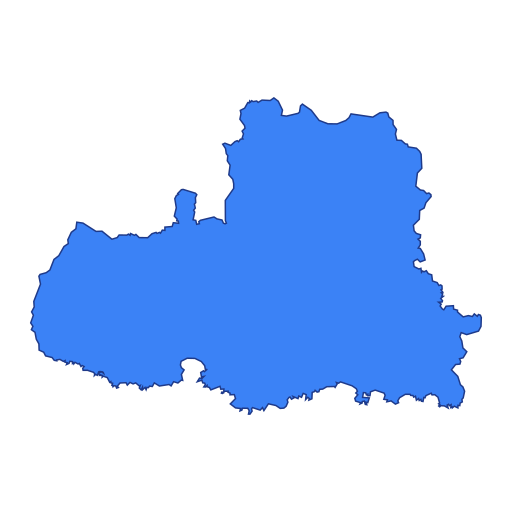 outline of Pacitan, Jawa Timur, Indonesia
{"feature_id": "22746128B46377021687256", "entity_name": "Pacitan", "entity_type": "district", "adm_level": 2, "iso_a3": "IDN", "parent_name": "Indonesia", "parent_adm1": "Jawa Timur", "projection": "albers", "projection_center": [111.181, -8.102], "detail": "fine", "context": "isolated", "style": "filled", "palette": "blue", "viewbox_px": 512, "rotation_deg": 0, "n_neighbors": 0, "source": "geoboundaries", "source_scale": "gbopen_adm2", "svg_char_len": 6057}
<svg xmlns="http://www.w3.org/2000/svg" viewBox="0 0 512 512"><path d="M351.0,113.9L349.0,117.7L345.8,120.5L337.1,123.9L327.9,123.8L319.1,120.4L311.3,110.3L302.4,104.1L300.5,105.9L299.5,112.1L298.2,113.3L286.5,116.1L281.4,115.4L282.5,110.1L278.2,101.2L273.9,97.9L270.2,100.5L262.0,100.1L258.1,102.4L256.7,101.0L253.1,101.6L251.7,100.7L250.6,102.1L249.7,101.0L249.2,102.9L247.8,102.6L244.6,108.2L240.3,110.4L241.0,113.6L239.9,119.2L244.5,125.5L245.0,128.2L242.1,131.1L243.5,133.9L242.2,137.9L242.9,138.9L240.4,139.2L238.6,141.7L237.2,140.7L235.0,141.6L230.8,145.4L224.9,143.2L222.7,144.2L225.5,148.5L226.3,153.7L227.8,155.6L227.3,160.8L230.1,165.2L228.8,174.8L232.8,179.3L233.7,183.8L233.7,188.4L225.3,200.4L225.4,220.7L226.4,223.2L225.1,223.8L223.4,223.2L222.0,220.0L217.0,218.9L214.0,217.0L200.4,220.3L198.8,221.7L199.4,223.7L196.7,224.3L195.8,220.4L193.1,219.8L194.7,212.0L193.6,210.2L195.3,208.1L194.4,204.1L195.7,202.7L195.4,197.6L196.8,194.7L195.4,193.2L183.1,189.4L181.4,189.7L177.7,193.5L178.4,194.4L176.4,195.5L174.8,198.7L176.3,207.8L174.3,216.1L177.1,219.1L176.7,220.8L178.3,221.1L178.6,223.3L173.3,222.7L172.2,226.5L164.9,227.1L164.9,230.4L162.3,230.1L160.5,233.2L159.5,232.4L157.0,233.4L156.1,232.4L152.0,233.7L147.7,237.7L139.2,237.6L135.9,234.4L134.4,235.3L130.5,233.5L130.1,235.3L128.4,234.1L126.9,235.1L119.1,235.0L117.2,237.6L111.9,239.2L102.0,231.2L96.0,231.4L83.0,223.1L76.8,222.2L75.9,228.8L71.3,232.3L67.8,239.8L68.3,243.6L64.0,246.5L58.8,255.7L54.0,259.4L49.9,270.0L46.2,272.7L40.1,274.4L38.9,276.2L40.5,284.1L33.8,301.4L34.2,307.0L31.6,311.9L33.4,315.2L30.7,322.9L32.9,326.3L31.4,329.7L35.0,332.3L36.3,339.2L38.9,343.9L39.1,350.1L43.7,352.2L45.6,355.9L52.1,357.5L54.2,360.3L56.8,360.8L56.7,359.9L59.9,359.4L63.4,361.4L65.1,360.6L64.9,362.1L67.2,362.7L66.5,364.5L69.0,363.4L69.8,361.3L72.5,361.6L72.5,363.5L73.5,362.9L73.8,363.9L75.0,362.3L78.1,364.0L79.3,363.4L81.0,366.5L82.1,365.5L84.1,366.5L82.7,368.4L83.1,370.3L87.5,370.3L93.5,372.3L94.7,373.7L94.4,375.5L95.6,374.4L97.3,375.3L98.8,371.7L99.9,371.5L102.4,371.8L103.3,372.5L103.6,373.4L102.0,372.0L98.9,372.4L99.2,374.4L100.3,374.6L99.7,375.4L102.4,375.4L102.2,377.1L103.3,376.2L107.3,377.6L109.7,382.3L110.8,381.6L110.9,382.9L112.6,383.3L111.6,385.9L112.4,384.7L113.0,386.7L113.9,385.7L115.8,386.0L116.6,388.1L118.4,387.5L117.3,386.2L120.0,383.0L126.0,382.7L127.3,385.1L130.0,382.4L133.1,383.9L135.7,382.9L139.2,385.9L140.3,385.4L139.3,388.0L141.2,389.9L142.5,387.2L142.7,389.6L145.1,387.4L146.1,389.7L146.9,387.4L148.4,387.6L149.5,386.1L152.3,386.5L154.3,382.9L159.4,386.0L169.1,384.5L171.1,385.9L173.6,381.7L177.9,383.0L181.3,380.1L182.7,380.4L181.4,374.4L184.1,369.9L181.4,367.7L180.4,365.0L181.1,361.3L187.2,358.2L194.9,358.4L201.3,361.5L204.7,365.7L205.4,369.8L207.3,369.2L204.4,371.6L203.5,370.8L200.7,372.5L201.5,376.9L204.0,376.4L201.9,378.5L199.5,378.1L197.3,381.7L201.8,380.2L202.8,382.9L204.7,383.1L205.3,384.6L203.8,386.9L205.7,387.0L207.1,385.5L207.2,386.8L209.4,387.5L210.8,389.9L220.0,386.3L220.8,389.2L223.9,389.0L223.8,391.3L228.2,391.2L228.0,392.2L230.1,393.2L230.0,394.8L234.3,394.6L235.5,398.6L230.3,403.9L235.5,407.9L240.6,408.5L240.0,410.9L241.9,410.1L242.4,408.2L247.8,408.3L249.2,410.7L248.5,414.1L250.0,414.1L252.1,411.1L251.5,408.9L252.5,407.6L260.2,410.1L262.5,407.6L263.9,410.6L268.4,403.8L275.9,405.5L280.2,408.4L283.9,408.1L286.1,406.3L287.9,402.2L287.2,399.8L289.0,397.4L290.0,397.0L291.5,399.2L293.9,397.9L293.1,396.5L298.0,398.6L298.8,396.0L301.5,397.3L303.2,393.4L306.2,394.6L305.6,399.6L307.8,397.3L309.3,398.6L308.9,400.1L311.9,398.8L312.2,392.4L314.5,391.6L315.1,390.3L317.1,392.1L318.9,391.7L319.7,389.3L322.7,389.1L326.8,386.7L334.4,386.5L335.1,387.4L337.1,384.1L336.4,382.5L338.6,383.2L340.5,381.9L352.1,385.8L356.3,388.7L357.4,391.3L355.8,393.0L357.8,394.8L354.8,398.3L355.6,401.1L360.7,402.7L360.1,403.9L362.1,403.0L362.2,401.5L364.4,401.1L365.3,404.4L366.8,404.7L366.1,402.2L367.8,402.6L369.3,397.9L362.6,397.4L363.4,392.6L365.7,392.8L366.4,394.9L367.8,394.2L367.8,395.7L370.0,395.7L370.5,391.8L375.2,390.1L384.1,393.1L385.1,395.3L383.8,399.3L387.4,399.8L386.8,401.8L391.1,400.9L395.4,404.1L398.6,402.7L397.8,400.8L399.6,397.7L405.3,394.3L410.1,394.3L410.7,395.4L413.0,395.5L413.7,397.1L415.5,396.2L416.4,400.2L418.6,398.5L419.2,400.5L420.9,399.4L421.4,401.2L423.0,401.5L423.8,397.5L425.0,397.8L425.9,395.6L431.2,393.2L432.0,394.9L434.8,394.7L438.0,397.2L439.6,403.0L438.6,403.8L439.9,404.8L438.7,406.0L439.7,406.8L440.8,405.7L444.4,405.9L448.1,408.0L447.1,405.1L448.5,404.3L449.3,405.7L451.1,404.7L450.8,407.5L452.1,406.8L452.3,407.9L454.3,406.2L457.9,407.9L458.0,405.3L459.8,405.6L460.1,403.1L462.3,401.9L461.9,399.3L463.2,397.9L464.6,391.2L462.9,386.9L460.4,384.7L457.8,376.4L451.4,369.8L455.6,364.5L459.9,364.1L460.7,361.5L459.5,358.7L463.1,357.8L466.8,351.7L462.9,347.9L461.8,341.0L459.8,336.7L461.2,332.6L466.7,334.6L478.5,331.1L481.0,326.4L481.3,317.6L480.4,315.2L478.4,314.5L477.3,316.3L474.3,313.9L472.4,316.5L468.4,315.6L463.2,316.9L457.5,312.0L457.5,310.2L453.6,309.1L453.4,305.7L446.1,306.2L443.8,309.8L442.4,309.0L440.1,306.0L441.2,304.2L438.6,302.2L442.1,302.0L442.5,300.7L440.7,298.4L443.3,296.3L441.8,296.1L442.7,293.8L441.3,292.8L442.8,292.2L441.0,289.8L442.1,289.2L442.0,285.9L440.7,284.9L438.9,285.5L437.2,282.6L432.5,281.0L431.7,274.8L428.3,273.7L426.3,270.7L424.0,271.8L422.6,271.0L421.5,272.3L420.9,268.3L418.9,269.0L414.1,266.6L413.4,261.8L414.6,260.6L417.4,259.2L420.2,261.9L425.1,260.0L423.6,253.9L420.3,248.5L418.2,248.1L420.3,244.8L420.3,241.3L418.0,239.1L420.3,237.9L420.6,234.8L416.3,233.4L414.1,230.8L413.4,225.2L419.3,219.3L419.7,210.5L424.1,208.1L425.9,202.7L431.1,196.6L430.9,194.6L428.9,193.0L426.6,193.6L423.6,190.5L420.4,190.0L415.8,186.2L417.4,173.0L421.8,168.3L421.1,154.3L419.7,151.4L416.4,148.2L408.2,146.9L407.4,144.2L405.3,143.9L401.4,140.4L396.9,140.2L395.4,134.0L396.5,129.4L393.1,124.6L393.0,120.4L388.8,116.9L387.8,113.1L386.0,112.1L379.9,112.8L372.8,117.1L351.0,113.9ZM223.6,392.8L222.0,392.0L221.4,393.1L222.3,393.5L223.6,392.8Z" fill="#3b82f6" stroke="#1e3a8a" stroke-width="1.5"/></svg>